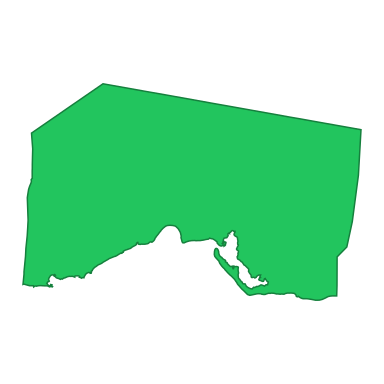 outline of Safata, Tuamasaga, Samoa
{"feature_id": "51752279B93742903917224", "entity_name": "Safata", "entity_type": "district", "adm_level": 2, "iso_a3": "WSM", "parent_name": "Samoa", "parent_adm1": "Tuamasaga", "projection": "albers", "projection_center": [-171.851, -13.971], "detail": "fine", "context": "isolated", "style": "filled", "palette": "green", "viewbox_px": 384, "rotation_deg": 0, "n_neighbors": 0, "source": "geoboundaries", "source_scale": "gbopen_adm2", "svg_char_len": 5208}
<svg xmlns="http://www.w3.org/2000/svg" viewBox="0 0 384 384"><path d="M31.5,133.1L32.7,148.9L32.5,156.0L32.3,164.6L32.3,168.1L32.2,170.9L32.2,177.6L32.3,178.4L31.6,179.0L31.2,179.6L31.4,181.6L31.0,183.0L29.6,186.3L28.6,189.4L27.5,196.3L27.3,197.7L28.1,220.3L27.7,227.7L27.2,235.8L25.9,248.4L25.5,256.4L24.0,271.8L24.0,274.2L23.0,284.4L23.8,284.1L29.5,285.7L33.3,285.7L33.7,287.0L34.8,286.1L35.9,286.0L36.8,286.2L37.3,285.9L38.8,285.7L40.7,285.6L43.5,285.8L47.6,285.9L49.6,286.9L50.8,286.5L52.3,286.9L52.6,286.5L51.5,285.5L51.9,284.8L50.7,284.5L50.2,285.9L49.3,285.9L47.8,284.8L47.2,283.7L46.8,283.5L47.7,281.9L48.9,281.6L49.3,281.1L48.6,279.8L48.7,278.6L50.1,276.2L51.0,275.3L52.1,274.9L53.4,274.9L53.6,275.3L54.7,274.5L55.3,275.2L54.4,275.5L54.4,276.3L55.1,276.5L56.2,277.7L57.0,278.1L58.8,278.6L60.4,279.4L61.6,278.8L62.4,279.1L63.8,278.0L64.6,278.0L67.5,276.7L69.3,276.3L70.2,276.4L72.5,276.3L74.7,277.1L74.6,276.3L75.5,275.9L78.5,275.8L79.4,276.3L79.3,277.3L80.5,277.4L81.3,278.2L82.5,277.7L84.0,277.7L84.0,277.1L84.9,275.5L85.8,274.1L87.0,273.1L88.8,272.4L90.1,272.8L90.2,273.3L91.2,273.2L91.4,272.4L91.0,272.1L91.4,271.1L92.3,270.7L92.4,270.0L93.1,269.0L94.7,267.3L95.6,266.8L98.6,264.6L99.4,264.4L101.7,263.3L103.8,261.7L104.5,261.5L105.5,260.8L107.7,259.6L109.2,258.6L114.4,256.5L115.4,256.3L116.8,255.6L118.8,254.3L121.1,253.0L121.6,253.3L122.2,253.0L122.5,252.4L123.3,252.2L123.3,251.3L125.5,250.0L126.5,249.8L129.2,248.8L130.0,248.6L131.5,247.7L132.2,247.0L135.6,245.2L136.4,244.5L136.5,243.3L137.4,242.4L137.9,242.4L137.9,243.1L138.3,244.0L138.9,244.3L140.5,244.4L141.4,244.1L142.5,244.2L144.8,244.2L147.6,243.7L148.3,243.4L149.7,242.2L151.0,241.8L151.8,242.2L152.3,242.0L153.7,240.8L154.7,239.5L154.8,238.6L155.7,237.5L156.3,236.5L158.2,234.2L159.8,232.0L160.5,231.4L161.1,230.3L163.2,228.1L165.2,226.5L166.0,226.0L167.4,225.5L169.6,225.3L170.5,225.3L172.8,225.5L174.7,225.9L175.8,226.4L178.1,228.6L180.1,231.9L180.6,233.4L181.2,236.1L181.0,237.8L181.5,239.4L182.0,241.5L182.6,242.7L184.0,242.9L186.5,241.8L189.1,241.0L191.7,240.6L194.7,240.5L196.0,240.7L197.7,240.6L200.0,240.6L203.8,240.0L205.8,239.5L208.5,239.1L209.4,238.3L209.6,238.1L211.2,238.7L212.3,238.7L214.4,239.8L217.1,241.9L217.2,243.1L218.6,244.7L219.4,245.4L220.8,246.0L221.7,246.0L222.9,245.4L224.2,245.1L224.1,246.1L225.1,245.5L225.5,244.9L225.5,243.8L226.0,242.9L225.9,242.3L225.4,242.0L224.4,242.1L222.7,243.9L222.2,243.5L223.2,242.4L222.9,241.9L223.9,241.3L223.3,240.5L223.3,239.9L224.0,238.2L224.4,238.1L226.8,237.7L228.1,235.7L227.9,233.9L228.6,233.2L229.5,233.6L229.4,232.9L230.8,232.0L230.9,231.6L232.1,230.6L233.2,230.7L234.3,231.8L234.9,231.3L235.1,231.8L234.0,234.2L234.4,235.4L235.6,236.3L236.9,236.9L237.5,238.0L237.5,238.9L238.0,241.1L237.6,242.7L237.7,244.3L238.3,244.8L238.2,245.5L237.6,246.5L236.5,249.0L236.8,249.8L238.2,250.7L238.5,251.9L237.9,253.3L238.2,254.0L237.7,255.6L237.7,256.2L237.1,256.8L237.5,258.6L237.9,259.2L239.8,260.1L241.1,261.6L241.8,261.8L243.2,263.6L243.8,264.8L245.2,265.6L247.2,267.6L248.5,268.8L248.7,270.2L248.5,271.3L249.3,272.8L251.1,275.2L251.2,276.8L251.5,277.4L252.2,277.6L253.1,277.2L254.3,277.5L254.9,278.0L256.2,277.3L256.6,276.4L258.5,275.1L260.6,275.0L259.9,276.8L260.5,277.6L259.5,277.9L258.8,279.7L259.3,280.2L261.5,280.9L262.2,281.4L263.5,281.3L264.0,280.2L264.5,278.7L265.3,278.5L265.5,279.3L266.3,280.1L267.1,281.4L268.3,282.0L267.6,284.8L266.1,284.7L264.5,286.1L262.7,285.3L261.3,284.9L260.6,285.0L259.5,285.8L257.9,286.5L256.4,286.5L255.8,287.0L254.5,287.5L253.8,287.2L253.2,287.6L252.4,288.8L251.6,288.9L249.8,288.4L247.8,287.4L246.3,286.2L245.1,283.9L243.1,283.8L242.4,283.0L242.3,282.2L241.4,281.7L240.0,279.8L239.7,279.3L238.8,278.6L238.4,277.6L238.1,274.6L238.6,273.0L238.2,271.1L238.1,269.5L238.3,267.2L237.8,266.8L236.7,266.5L234.5,266.7L234.1,266.1L232.8,266.1L232.6,266.4L233.9,267.3L233.5,268.7L233.0,268.7L232.1,266.3L230.3,266.5L228.4,264.7L227.2,263.3L227.1,262.6L225.4,261.8L225.6,260.7L225.2,260.1L224.1,259.6L222.5,258.5L221.9,257.5L220.6,256.7L219.5,255.5L218.8,253.4L218.6,251.4L218.1,250.0L217.4,248.9L216.4,248.4L215.6,248.6L214.9,249.7L214.5,251.3L214.3,254.4L214.7,256.2L215.6,257.5L218.9,261.1L219.7,263.2L221.6,265.9L223.0,267.5L224.5,268.9L225.2,270.0L226.6,271.4L227.3,272.3L229.9,274.9L231.4,276.1L234.6,279.4L235.7,281.1L237.0,282.9L237.2,283.6L238.2,284.9L239.7,286.5L240.3,287.3L241.9,289.1L243.6,290.6L247.5,294.5L249.7,295.3L251.5,295.0L257.0,293.8L258.6,293.7L260.9,293.8L261.7,294.2L263.9,294.5L265.3,294.4L266.4,293.9L268.9,293.2L270.0,293.4L271.4,293.1L274.0,293.3L276.7,294.0L277.5,293.9L280.3,294.2L281.5,294.0L284.0,294.2L285.5,293.5L287.8,293.0L289.0,293.1L291.0,293.0L293.1,293.2L294.6,293.5L296.1,295.2L296.3,296.3L296.7,296.6L297.8,296.8L298.3,296.3L300.3,297.7L301.6,298.3L303.0,298.7L306.0,298.7L307.8,298.8L311.5,299.4L314.1,299.9L315.5,300.2L317.4,300.2L319.5,300.1L322.3,299.4L325.6,297.9L328.0,296.6L330.2,296.1L332.7,295.9L336.7,295.9L337.0,285.4L337.1,256.9L346.8,247.0L352.3,221.6L358.4,175.3L361.0,129.7L344.2,126.7L334.0,124.9L314.3,121.4L300.4,118.9L289.3,117.0L240.7,108.3L226.1,105.7L211.9,103.2L166.8,95.1L144.5,91.2L103.0,83.8L74.4,103.5L31.5,133.1Z" fill="#22c55e" stroke="#15803d" stroke-width="1.5"/></svg>